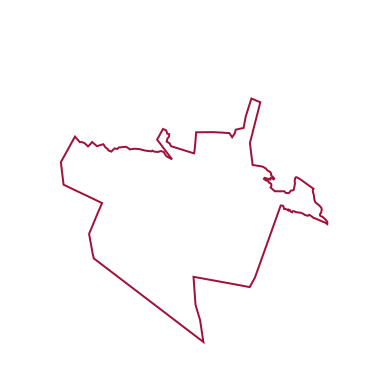 San Antonio Nanahuatípam, Oaxaca, Mexico, rotated 308°
{"feature_id": "50627088B61531802941312", "entity_name": "San Antonio Nanahuatípam", "entity_type": "district", "adm_level": 2, "iso_a3": "MEX", "parent_name": "Mexico", "parent_adm1": "Oaxaca", "projection": "equal_earth", "projection_center": [-97.129, 18.149], "detail": "fine", "context": "isolated", "style": "outline", "palette": "rose", "viewbox_px": 384, "rotation_deg": 308, "n_neighbors": 0, "source": "geoboundaries", "source_scale": "gbopen_adm2", "svg_char_len": 3117}
<svg xmlns="http://www.w3.org/2000/svg" viewBox="0 0 384 384"><g transform="rotate(308 192 192)"><path d="M304.8,190.6L302.2,181.3L296.5,183.4L284.7,187.8L274.3,193.2L273.7,192.8L273.6,192.7L270.9,190.4L268.0,188.1L264.6,189.6L263.2,189.7L259.9,189.9L261.4,185.1L261.2,184.8L259.2,182.0L258.1,180.3L256.4,177.8L255.0,175.9L254.7,175.4L253.3,173.4L252.5,172.2L249.8,168.8L241.6,158.5L233.9,163.6L228.3,167.2L223.8,169.9L223.7,169.9L215.2,147.3L215.2,147.2L215.3,146.9L216.6,144.3L216.1,141.1L218.7,139.8L219.6,139.8L221.4,139.8L222.9,138.9L223.5,138.5L222.7,136.6L223.6,135.4L223.7,135.2L223.8,135.0L224.6,133.8L224.2,131.9L223.8,130.3L222.7,130.5L221.5,130.7L218.8,131.1L218.5,131.2L212.2,132.2L211.8,132.3L211.7,132.6L211.3,134.1L210.5,137.2L210.2,138.3L210.0,139.0L207.1,149.9L207.1,150.0L205.5,156.2L204.4,150.0L205.2,147.3L206.1,145.1L205.2,142.4L202.4,140.3L201.9,139.5L200.6,137.4L200.2,135.3L199.9,135.2L199.0,134.9L195.8,129.6L193.4,124.1L190.9,120.3L187.3,116.7L187.3,114.9L187.1,112.3L184.8,109.8L182.0,106.9L179.8,106.6L178.8,104.2L176.2,103.7L174.2,103.6L173.3,100.5L173.9,99.2L173.9,96.1L174.7,94.0L174.8,93.6L175.0,92.6L169.6,88.9L169.9,82.5L166.6,82.4L163.9,82.0L164.4,77.0L163.2,74.0L162.2,72.9L163.6,65.7L162.9,65.8L134.8,70.3L124.4,80.6L118.7,86.3L120.4,94.1L120.5,94.5L127.9,127.9L126.5,128.3L119.2,130.2L95.6,136.7L82.0,152.0L79.9,154.6L79.2,155.6L80.8,293.3L95.9,277.4L105.3,264.2L126.1,245.4L152.6,296.0L163.2,294.3L165.3,293.6L169.9,292.1L236.0,270.2L237.1,271.9L237.1,272.7L235.3,275.1L236.3,276.3L236.8,279.3L237.6,278.9L238.0,280.4L237.4,281.6L237.4,282.5L237.7,283.4L238.9,283.2L239.7,284.1L240.1,286.2L241.3,288.4L242.4,290.0L243.4,293.3L243.3,294.6L244.4,297.8L246.2,298.4L246.5,301.7L246.4,303.7L247.0,305.2L247.3,306.2L249.3,314.1L249.8,315.2L250.0,318.3L251.7,317.1L252.5,314.5L252.6,312.6L252.7,311.8L252.8,311.0L252.5,308.9L252.2,307.6L252.7,306.9L254.1,306.4L255.1,306.5L256.2,306.0L258.0,305.1L259.2,303.6L259.2,303.2L259.6,301.6L259.7,300.7L259.8,300.4L259.7,299.1L259.8,296.5L259.9,295.3L261.2,293.3L265.2,289.2L266.1,287.7L267.8,286.0L269.3,285.8L268.7,270.0L268.6,269.5L268.3,266.3L267.5,264.2L267.5,264.3L264.0,266.1L262.9,267.0L262.0,268.0L259.6,269.2L256.2,270.9L255.2,270.2L253.9,269.0L251.1,269.1L250.5,268.7L249.0,266.3L249.4,264.2L246.7,260.9L244.0,257.2L243.6,257.0L243.9,251.1L245.6,250.9L245.9,250.6L246.2,250.3L247.2,249.4L247.0,247.1L246.7,246.6L247.6,245.6L246.7,243.2L246.6,240.6L247.8,240.5L250.1,246.0L251.4,245.3L252.0,246.6L252.2,248.5L253.3,248.5L253.9,244.2L255.3,242.8L255.9,241.3L255.7,239.7L255.5,238.4L255.6,237.0L256.0,235.8L255.4,231.8L250.6,223.1L253.4,220.4L255.1,218.6L255.3,218.4L256.3,217.5L256.9,216.8L257.8,216.0L258.7,215.0L259.7,214.0L260.8,212.9L261.9,211.8L263.8,210.0L265.6,208.1L266.3,207.5L269.5,206.0L270.2,205.8L271.4,205.2L272.8,204.6L274.0,204.1L275.2,203.7L276.7,202.9L278.4,202.1L280.8,201.1L283.3,200.0L286.6,198.5L287.7,198.1L288.8,197.6L289.8,197.2L290.8,196.7L291.9,196.2L292.9,195.8L293.9,195.3L295.0,194.9L299.3,193.0L301.5,192.0L302.6,191.5L303.7,191.0L304.8,190.6Z" fill="none" stroke="#9f1239" stroke-width="2"/></g></svg>